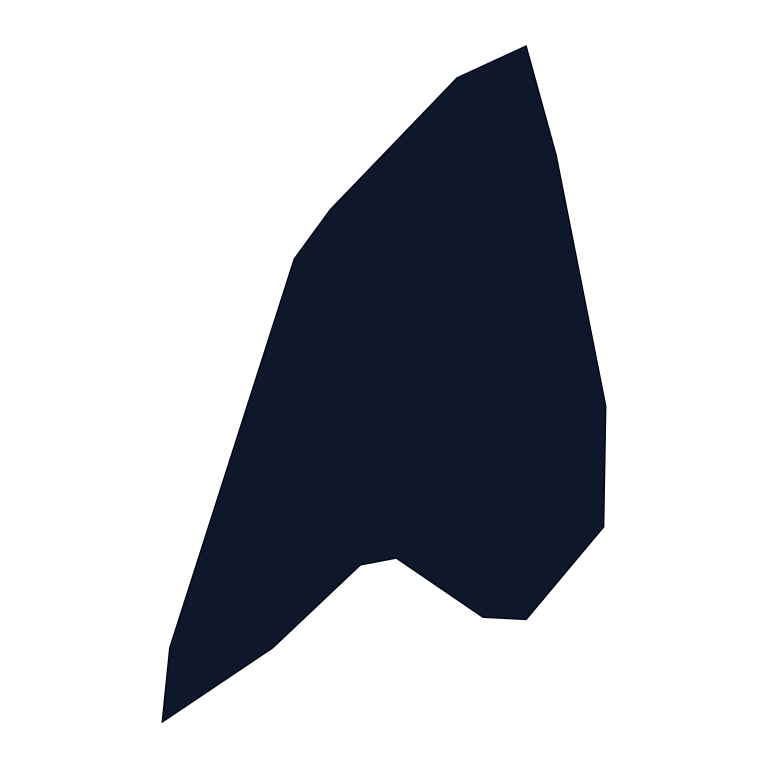 outline of Labuan
{"feature_id": "MYS-4833", "entity_name": "Labuan", "entity_type": "Federal Territory", "adm_level": 1, "iso_a3": "MYS", "parent_name": "Malaysia", "parent_adm1": "", "projection": "robinson", "projection_center": [115.218, 5.32], "detail": "fine", "context": "isolated", "style": "filled", "palette": "ink", "viewbox_px": 768, "rotation_deg": 0, "n_neighbors": 0, "source": "natural_earth", "source_scale": "10m", "svg_char_len": 310}
<svg xmlns="http://www.w3.org/2000/svg" viewBox="0 0 768 768"><path d="M556.2,155.7L605.7,406.1L603.6,526.9L526.1,619.4L483.0,617.2L396.2,558.0L360.3,564.9L272.8,647.7L162.3,721.9L169.8,647.9L294.3,259.0L330.2,209.8L457.2,77.8L526.1,46.1L556.2,155.7Z" fill="#0f172a" stroke="#020617" stroke-width="1.5"/></svg>